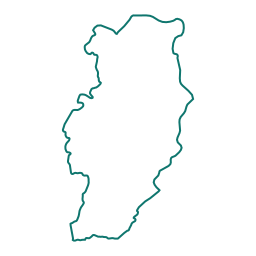 the border of Nan
{"feature_id": "THA-393", "entity_name": "Nan", "entity_type": "Province", "adm_level": 1, "iso_a3": "THA", "parent_name": "Thailand", "parent_adm1": "", "projection": "mercator", "projection_center": [100.668, 18.812], "detail": "fine", "context": "isolated", "style": "outline", "palette": "teal", "viewbox_px": 256, "rotation_deg": 0, "n_neighbors": 0, "source": "natural_earth", "source_scale": "10m", "svg_char_len": 4736}
<svg xmlns="http://www.w3.org/2000/svg" viewBox="0 0 256 256"><path d="M133.7,15.4L134.4,15.5L146.2,15.4L150.0,15.8L152.9,16.9L158.7,20.5L162.4,21.9L166.2,22.2L170.0,21.7L173.2,20.8L174.7,20.0L175.9,19.1L177.3,18.8L179.6,19.4L181.4,20.4L182.4,21.5L183.1,22.9L183.6,24.7L183.8,28.2L183.2,32.2L181.4,35.3L178.3,36.1L175.3,38.1L173.3,43.1L172.6,48.8L173.4,53.0L174.3,53.7L176.5,54.2L177.3,54.7L177.8,55.9L177.7,56.7L177.5,57.4L177.5,58.3L180.2,70.1L179.8,78.3L180.1,81.7L181.0,83.8L182.6,85.6L188.4,90.8L192.0,94.8L193.1,99.0L187.4,104.5L186.5,106.5L185.2,111.1L183.9,113.2L180.7,117.0L179.6,119.5L179.4,122.2L180.1,130.6L179.5,133.0L177.5,137.6L177.0,139.8L177.8,142.4L180.9,145.5L181.6,147.8L180.9,149.9L179.2,152.2L175.5,155.7L174.3,156.3L172.0,157.2L171.1,158.1L170.7,159.5L170.8,162.6L170.3,164.2L168.6,165.9L160.0,170.7L159.5,171.3L159.2,172.8L158.3,175.5L154.4,179.5L153.7,182.3L154.6,184.7L156.4,187.2L159.5,190.2L158.6,191.4L150.2,198.2L145.2,201.4L138.9,207.2L137.2,210.0L137.1,210.4L137.0,210.8L137.2,211.2L137.6,211.4L137.9,211.8L138.0,212.5L137.7,213.7L137.4,214.4L136.7,215.0L134.4,216.7L133.8,217.4L133.7,217.9L134.0,218.2L134.8,218.6L135.2,219.0L135.5,219.5L135.4,220.4L135.2,220.9L134.9,221.2L132.5,222.6L132.0,223.2L131.6,223.7L131.1,225.2L129.4,228.4L129.1,229.6L128.7,230.1L128.3,230.5L127.8,230.6L127.3,230.7L124.3,232.9L118.9,237.7L117.8,238.6L117.2,238.6L114.9,238.6L112.7,238.1L112.2,238.1L109.4,238.5L108.3,238.5L107.8,238.3L107.1,237.7L106.7,237.4L106.3,237.2L105.8,237.1L103.7,237.0L102.8,236.7L102.3,236.7L100.3,236.8L99.8,236.7L98.2,236.7L94.5,235.1L93.3,235.0L92.7,235.3L91.6,236.5L89.8,237.9L89.2,238.2L88.4,238.2L86.8,238.0L86.1,238.1L85.6,238.6L85.1,239.7L82.1,239.8L80.6,240.2L80.0,240.2L77.9,239.7L77.3,239.8L76.6,240.0L75.7,240.4L75.1,240.6L74.5,240.6L73.9,240.6L73.5,240.4L72.8,240.0L73.0,238.3L70.6,225.4L70.5,223.8L70.9,223.5L71.3,223.3L72.3,223.0L73.0,222.5L74.2,221.7L74.6,221.5L76.1,221.1L76.8,220.5L77.4,219.3L78.6,216.2L79.0,214.4L79.5,211.2L79.7,210.4L80.8,207.8L81.2,207.1L82.5,205.3L83.6,203.5L83.8,202.8L83.7,202.2L83.5,201.8L82.7,200.6L82.6,199.9L82.5,199.0L82.8,195.8L82.7,194.7L82.8,194.2L83.0,193.8L83.2,193.6L83.9,193.2L84.9,192.3L85.2,191.9L85.6,191.4L88.1,185.2L88.5,183.7L88.7,182.4L88.6,181.3L88.6,179.3L88.5,178.3L88.3,177.6L87.8,176.2L87.5,175.9L87.1,175.6L86.6,175.5L84.4,175.6L84.0,175.5L83.7,175.4L83.4,175.2L83.2,175.1L82.9,174.9L82.5,174.2L82.3,173.7L82.0,173.4L81.7,173.1L81.2,173.0L80.6,172.9L79.5,172.9L77.9,173.2L77.3,173.2L75.7,172.9L75.2,172.9L74.7,173.0L74.2,173.2L73.0,173.9L72.5,174.0L72.0,173.9L71.6,173.7L71.4,173.4L71.1,173.0L71.0,172.6L69.9,165.1L69.7,164.6L69.5,164.2L68.2,162.5L68.0,161.6L68.0,160.9L68.7,156.2L68.8,155.7L69.0,155.3L69.3,154.9L70.2,154.4L70.5,153.9L70.6,153.5L70.4,153.1L70.0,152.8L69.6,152.6L69.1,152.4L67.4,152.2L67.0,152.0L66.5,151.5L66.1,150.7L65.5,149.1L65.4,147.9L65.4,147.0L65.4,146.3L65.7,145.2L66.0,144.3L66.5,143.4L67.0,142.7L67.9,141.7L68.2,141.4L69.1,140.3L69.5,139.1L69.5,138.5L69.2,138.1L68.6,138.0L67.5,137.8L66.9,137.5L66.4,137.0L65.7,135.7L65.5,134.7L65.6,133.3L65.6,132.6L65.3,132.1L64.3,131.7L63.7,131.5L63.0,130.7L62.9,129.9L63.0,129.4L63.5,127.9L64.6,124.3L72.4,110.9L73.1,110.3L73.6,110.1L74.0,110.0L74.6,109.9L77.6,110.0L78.5,109.7L79.7,109.1L81.8,107.6L82.6,106.8L83.1,106.2L83.3,105.4L83.3,104.9L83.2,104.4L83.1,103.9L82.8,103.5L82.5,103.2L81.6,102.8L81.0,102.7L79.9,102.6L78.1,102.6L77.8,101.8L77.8,100.5L79.0,97.1L79.6,95.6L80.3,94.7L80.7,94.6L81.2,94.5L82.5,94.4L83.2,94.5L84.2,94.6L85.2,94.9L86.1,95.3L88.5,96.8L89.6,97.6L90.0,97.8L90.6,98.0L91.1,98.1L91.7,98.1L92.5,97.9L92.7,97.4L92.7,97.0L90.6,94.5L90.4,94.1L90.2,93.7L90.0,93.3L90.0,92.8L90.2,91.9L90.6,91.0L91.5,89.1L92.2,88.6L92.7,88.3L93.2,88.3L93.7,88.2L95.2,87.7L95.7,87.6L96.2,87.5L97.0,87.0L98.0,86.3L99.9,84.5L100.6,83.6L100.8,82.8L100.5,82.5L100.1,82.2L99.7,81.9L99.3,81.7L99.1,81.3L98.8,80.3L98.7,78.6L98.6,78.0L98.4,77.6L98.1,77.2L98.0,76.7L97.8,76.2L97.8,75.7L98.0,74.0L98.0,72.8L97.9,72.2L97.8,71.7L97.6,71.2L96.7,69.6L96.2,68.2L95.9,67.3L95.8,66.7L97.0,61.3L97.2,59.0L97.6,57.3L97.6,56.8L97.5,56.3L97.1,55.4L96.8,55.1L96.3,54.9L95.8,54.8L94.8,54.8L94.3,54.7L94.0,54.4L93.3,53.2L93.0,52.9L92.5,52.7L92.0,52.7L91.6,52.8L91.3,53.2L91.0,53.6L90.7,53.9L90.3,54.1L89.8,54.1L88.7,53.9L87.9,53.5L87.1,53.0L86.8,52.6L85.7,51.1L85.1,49.8L84.9,49.2L84.7,47.1L84.8,46.3L85.0,45.7L85.6,45.0L89.2,42.2L90.2,40.5L91.0,38.3L91.6,37.3L92.0,36.6L92.7,36.0L93.6,35.5L94.1,35.4L94.6,35.1L95.1,34.8L95.3,34.3L95.2,33.8L95.1,33.4L94.4,32.3L93.1,30.2L94.6,27.7L97.4,25.6L100.9,25.4L111.7,29.6L113.6,30.7L114.8,32.1L115.8,33.5L116.8,33.9L118.1,32.0L124.2,26.2L129.6,19.7L131.2,16.9L131.7,16.3L133.0,15.5L133.7,15.4Z" fill="none" stroke="#0f766e" stroke-width="2"/></svg>